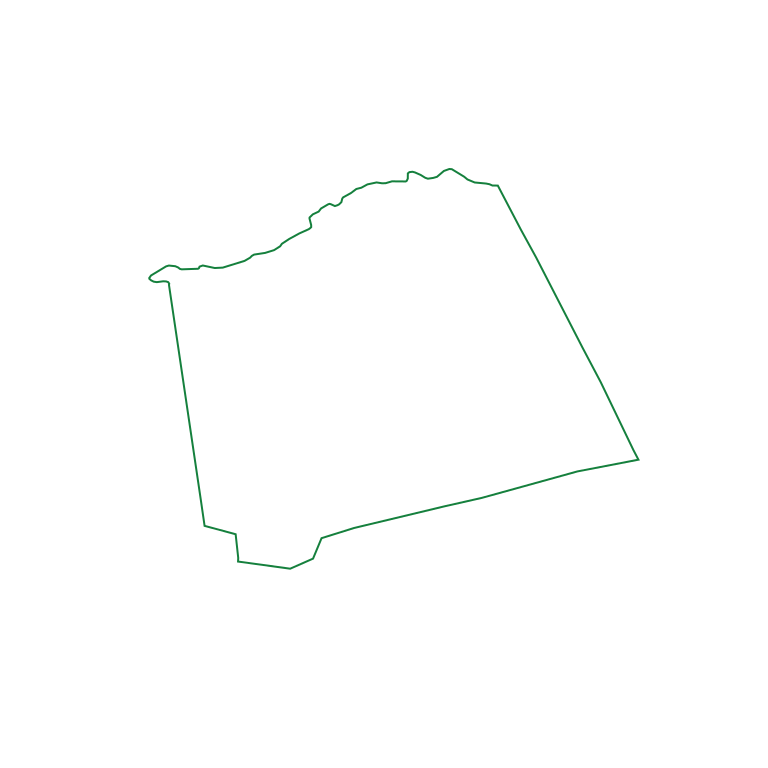 Sussex, New Jersey, United States of America (Robinson projection), rotated 33°
{"feature_id": "52423323B31235652397007", "entity_name": "Sussex", "entity_type": "district", "adm_level": 2, "iso_a3": "USA", "parent_name": "United States of America", "parent_adm1": "New Jersey", "projection": "robinson", "projection_center": [-74.813, 41.128], "detail": "fine", "context": "isolated", "style": "outline", "palette": "green", "viewbox_px": 768, "rotation_deg": 33, "n_neighbors": 0, "source": "geoboundaries", "source_scale": "gbopen_adm2", "svg_char_len": 1377}
<svg xmlns="http://www.w3.org/2000/svg" viewBox="0 0 768 768"><g transform="rotate(33 384 384)"><path d="M310.8,600.7L341.4,590.8L356.5,609.3L358.3,612.4L405.9,590.0L419.6,569.1L415.6,547.3L437.2,521.2L501.4,453.6L528.0,426.3L593.8,352.0L638.6,308.9L629.2,303.6L564.9,264.5L530.7,245.4L442.8,195.1L414.9,180.1L371.4,155.6L366.8,158.5L363.7,159.0L360.4,160.3L350.3,165.6L342.6,167.0L338.3,166.5L323.9,166.9L321.7,168.1L318.2,172.7L315.6,181.4L313.0,184.4L309.0,187.9L306.3,188.6L300.9,188.7L294.7,189.7L292.3,190.5L289.9,192.5L289.3,194.4L292.1,198.8L292.4,201.3L291.9,202.3L280.3,209.7L276.0,214.7L273.1,216.7L268.0,219.0L261.4,225.6L258.1,231.7L254.6,235.5L254.3,236.3L252.3,241.8L248.1,249.7L248.0,251.2L249.2,254.7L248.5,257.8L247.6,259.4L245.9,261.5L241.3,262.2L240.2,262.6L239.3,263.7L235.6,271.1L235.3,275.0L231.9,280.5L230.9,284.9L231.4,285.8L236.3,290.3L237.5,292.1L237.2,293.5L236.6,295.1L231.0,303.8L225.5,314.0L222.0,322.0L221.9,325.0L218.9,331.6L212.9,338.8L204.6,346.2L203.4,348.5L202.9,351.0L200.0,356.7L185.4,374.2L178.9,378.9L167.5,383.3L165.4,386.0L165.7,387.8L165.2,388.7L151.9,398.0L150.2,398.6L147.8,398.4L144.8,398.9L139.1,401.8L137.2,404.0L129.5,419.9L129.4,423.0L130.0,423.6L132.3,423.9L135.1,423.6L138.0,422.3L142.9,418.1L145.5,416.6L147.6,416.1L149.3,416.9L149.6,417.9L293.7,581.2L310.8,600.7Z" fill="none" stroke="#15803d" stroke-width="2"/></g></svg>